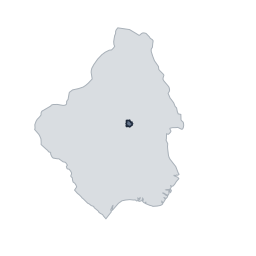 Bokkos, Plateau, Nigeria (highlighted), rotated 311°
{"feature_id": "59680162B1032840889978", "entity_name": "Bokkos", "entity_type": "district", "adm_level": 2, "iso_a3": "NGA", "parent_name": "Nigeria", "parent_adm1": "Plateau", "projection": "robinson", "projection_center": [8.917, 9.236], "detail": "fine", "context": "in_parent", "style": "filled", "palette": "slate", "viewbox_px": 256, "rotation_deg": 311, "n_neighbors": 0, "source": "geoboundaries", "source_scale": "gbopen_adm2", "svg_char_len": 4647}
<svg xmlns="http://www.w3.org/2000/svg" viewBox="0 0 256 256"><g transform="rotate(311 128 128)"><path d="M196.9,54.6L203.3,64.6L204.6,71.9L205.2,75.6L206.2,76.0L208.2,76.2L209.6,76.9L210.5,78.1L211.1,79.3L211.2,79.9L210.8,84.3L210.3,86.0L210.6,88.1L210.5,89.1L210.3,89.7L209.4,90.4L208.2,91.1L205.3,93.2L204.5,93.6L203.3,93.6L202.3,94.1L201.0,95.3L198.4,99.5L196.1,103.8L194.4,110.6L192.4,112.8L192.1,114.7L191.8,119.0L191.5,120.3L191.1,120.6L189.0,121.5L187.7,122.4L187.0,124.4L186.0,131.0L185.7,132.1L185.0,133.2L183.9,134.5L182.9,135.1L180.4,135.6L178.0,140.6L178.0,141.4L177.0,145.9L175.2,149.4L175.0,151.5L172.7,154.5L171.6,156.6L172.8,158.7L172.9,159.0L169.0,162.6L168.7,163.2L168.6,165.7L168.3,166.3L167.5,167.3L166.5,168.3L165.4,169.0L164.2,169.6L163.0,169.8L162.4,169.5L162.0,168.7L161.3,165.7L161.0,165.0L160.2,164.4L157.2,161.1L155.4,159.9L155.0,160.0L154.7,160.3L154.1,162.0L153.6,162.6L152.7,162.8L151.0,162.8L149.8,162.6L149.5,162.3L148.9,160.9L145.1,164.0L143.8,164.7L142.2,168.3L139.8,170.1L138.2,171.7L133.8,176.6L132.9,178.0L132.0,180.2L130.2,189.4L127.1,195.2L126.7,196.5L126.6,196.4L126.2,196.9L125.0,196.6L124.5,195.5L123.7,195.4L122.5,193.8L122.2,194.0L123.5,198.0L123.1,199.6L119.4,199.6L116.2,200.1L114.0,200.1L112.9,199.5L112.4,198.0L112.2,198.2L112.1,199.0L111.4,199.6L109.0,199.7L107.9,198.7L107.0,197.6L106.1,197.1L106.2,197.6L107.3,198.7L107.1,200.3L105.2,202.1L103.9,202.2L103.1,201.4L102.7,200.1L102.5,198.2L102.0,196.9L101.7,196.9L102.1,199.0L102.1,201.0L103.0,202.5L101.6,203.0L99.8,203.0L99.6,202.5L99.4,201.2L99.1,200.9L98.7,203.0L95.2,203.6L94.7,203.5L94.6,203.1L94.8,202.5L94.8,201.6L94.0,202.3L93.9,203.8L93.4,204.0L92.1,203.8L90.6,203.1L88.2,201.2L85.2,198.2L84.8,196.8L83.9,195.1L82.4,190.5L82.7,190.3L83.3,190.6L83.7,190.1L82.5,189.8L82.2,189.5L82.1,188.5L82.2,187.2L84.0,186.6L84.5,185.8L84.7,185.1L82.4,186.2L80.3,184.9L79.8,184.1L80.1,183.5L82.5,183.5L83.4,182.9L82.9,182.7L81.9,182.7L81.6,182.3L81.6,181.4L81.3,181.6L80.9,182.4L79.5,183.0L78.6,182.4L78.5,181.0L78.4,180.4L77.6,179.9L75.1,176.3L71.9,173.3L69.1,171.2L64.9,170.2L55.9,170.2L55.4,170.0L56.0,169.5L56.8,169.2L59.6,167.5L59.2,167.3L56.2,168.3L55.2,168.4L53.8,170.4L45.0,170.9L45.1,170.0L45.5,167.3L46.0,165.5L45.4,163.2L45.3,161.2L45.7,160.6L45.8,159.8L45.7,154.6L46.2,153.9L46.2,153.3L45.3,151.1L45.3,149.4L45.1,147.8L44.8,147.0L45.2,140.7L45.1,139.1L45.4,138.0L45.6,135.3L45.5,132.6L46.1,128.4L49.9,127.9L50.8,126.2L51.4,124.1L51.2,122.0L52.4,120.2L53.9,118.6L53.9,116.9L54.3,116.3L55.0,115.9L56.0,115.7L57.1,114.8L57.7,113.3L58.3,110.8L57.4,109.1L57.4,108.7L57.8,107.8L58.4,106.9L58.8,106.6L59.9,106.8L60.3,106.4L61.0,103.7L60.9,103.0L59.9,101.2L59.4,96.2L59.1,95.6L58.3,94.7L56.2,91.2L56.3,89.6L57.2,87.5L57.8,86.5L58.6,85.9L58.7,85.4L58.5,84.8L58.1,84.4L58.0,83.4L58.4,82.1L58.3,80.7L58.5,73.3L60.3,71.8L62.7,69.4L64.0,66.8L64.7,64.9L65.6,58.6L66.9,57.9L69.4,55.5L72.8,54.2L75.0,53.8L78.8,54.0L80.8,53.8L82.4,52.5L83.2,52.2L84.3,52.0L93.9,55.3L94.7,55.1L95.5,55.4L96.7,56.2L99.5,59.3L102.4,64.1L103.4,65.1L104.3,65.7L105.2,65.9L105.9,65.8L106.6,65.3L107.6,64.4L109.0,64.0L110.1,64.1L116.1,60.5L116.7,60.4L120.4,61.2L125.4,64.9L129.5,67.3L132.3,68.1L135.7,68.6L141.5,68.8L145.8,63.7L147.4,62.5L149.4,61.5L153.4,60.6L160.1,59.9L166.4,60.2L170.3,61.1L174.4,62.8L176.2,64.4L179.0,64.6L181.0,64.3L181.7,62.7L183.7,60.6L186.7,58.7L189.1,57.3L191.1,56.7L192.9,55.2L194.4,54.7L196.9,54.6ZM109.2,201.8L107.8,202.3L106.9,202.2L108.2,200.1L108.8,200.5L109.6,200.7L109.2,201.8Z" fill="#d9dde1" stroke="#a8b0b8" stroke-width="1"/><path d="M128.2,125.9L128.2,126.1L128.3,126.2L128.5,126.2L128.6,126.3L128.6,126.2L128.9,126.2L129.1,126.3L129.3,126.3L129.5,126.5L129.7,126.8L129.7,127.0L129.6,127.3L129.6,127.5L129.8,127.7L129.8,127.8L130.0,127.9L130.1,128.0L130.1,128.3L130.0,128.5L130.3,128.7L130.5,128.7L130.8,128.7L131.0,128.8L131.3,128.8L131.5,128.8L131.8,128.9L132.0,128.9L132.3,128.9L132.5,129.0L132.5,128.9L132.8,128.9L133.0,128.9L133.3,128.8L133.5,128.8L134.0,128.7L133.9,128.5L134.0,128.1L134.4,127.8L134.3,127.7L134.9,127.1L134.7,126.9L134.7,126.7L134.4,126.2L134.2,126.2L134.3,126.0L134.5,125.5L134.5,125.4L134.5,125.0L134.5,124.8L134.4,124.7L134.5,124.6L134.7,124.4L134.9,124.4L135.0,124.3L135.0,124.2L134.9,124.2L134.5,123.9L134.2,124.0L134.2,123.6L134.0,123.4L133.9,123.2L133.5,122.9L133.5,122.7L133.2,122.5L133.1,122.4L133.1,122.2L132.8,122.0L132.7,122.2L132.6,122.3L132.4,122.2L132.2,122.4L132.1,122.5L131.9,122.8L131.7,122.7L131.4,123.0L131.2,123.3L131.1,123.5L130.8,123.5L130.6,123.5L130.3,123.6L130.1,123.7L130.0,123.9L129.9,123.9L129.7,124.9L128.4,125.2L128.2,125.9Z" fill="#64748b" stroke="#1e293b" stroke-width="1.5"/></g></svg>